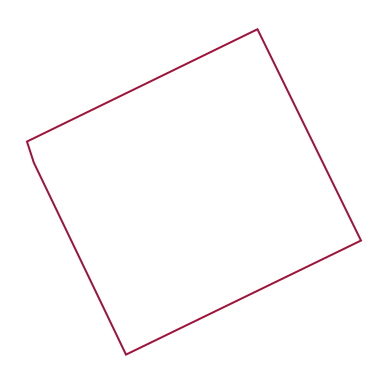 Kent, Texas, United States of America (Equal Earth projection), rotated 64°
{"feature_id": "52423323B63007180209639", "entity_name": "Kent", "entity_type": "district", "adm_level": 2, "iso_a3": "USA", "parent_name": "United States of America", "parent_adm1": "Texas", "projection": "equal_earth", "projection_center": [-100.828, 33.18], "detail": "fine", "context": "isolated", "style": "outline", "palette": "rose", "viewbox_px": 384, "rotation_deg": 64, "n_neighbors": 0, "source": "geoboundaries", "source_scale": "gbopen_adm2", "svg_char_len": 242}
<svg xmlns="http://www.w3.org/2000/svg" viewBox="0 0 384 384"><g transform="rotate(64 192 192)"><path d="M74.4,61.8L74.3,318.2L96.2,321.3L247.4,322.2L309.2,322.6L309.7,61.4L74.4,61.8Z" fill="none" stroke="#9f1239" stroke-width="2"/></g></svg>